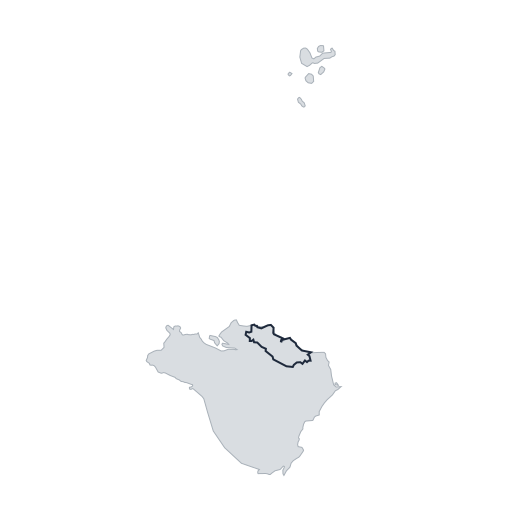 where Manabi sits in Ecuador, rotated 96°
{"feature_id": "ECU-1282", "entity_name": "Manabi", "entity_type": "Province", "adm_level": 1, "iso_a3": "ECU", "parent_name": "Ecuador", "parent_adm1": "", "projection": "natural_earth1", "projection_center": [-80.093, -0.733], "detail": "coarse", "context": "in_parent", "style": "outline", "palette": "slate", "viewbox_px": 512, "rotation_deg": 96, "n_neighbors": 0, "source": "natural_earth", "source_scale": "10m", "svg_char_len": 4346}
<svg xmlns="http://www.w3.org/2000/svg" viewBox="0 0 512 512"><g transform="rotate(96 256 256)"><path d="M471.3,205.3L469.8,206.4L466.2,206.9L463.4,205.8L462.3,205.8L462.1,206.9L465.8,209.7L467.6,214.6L470.2,217.5L471.8,219.0L471.9,220.1L471.4,222.0L471.3,223.7L472.2,231.1L471.6,231.6L469.6,231.6L468.0,230.3L463.7,248.8L450.0,267.1L434.5,280.2L416.5,287.8L403.4,293.0L401.3,295.0L394.8,304.3L394.5,305.2L395.4,306.7L395.5,307.8L394.5,308.4L393.7,308.5L393.3,308.0L393.1,306.9L392.2,305.7L391.2,305.4L390.6,305.7L390.5,306.7L389.2,311.7L389.1,314.1L388.6,315.1L388.6,317.3L387.3,319.3L386.3,322.6L385.2,323.7L383.8,328.9L381.8,334.0L381.6,335.8L382.2,337.0L382.5,338.0L381.6,341.2L377.0,344.4L375.7,345.9L375.3,347.6L375.6,349.0L375.4,350.2L374.0,350.7L372.4,353.6L371.3,354.3L368.4,353.3L366.3,353.3L364.6,352.4L361.3,347.4L360.1,344.5L359.7,340.5L356.5,337.9L352.3,338.6L351.1,337.7L348.0,336.0L345.3,334.1L343.3,333.1L341.8,333.6L339.3,336.8L336.9,338.2L335.8,338.1L334.4,337.2L334.1,336.1L337.7,330.4L335.0,330.3L334.1,329.1L334.0,327.7L333.6,326.2L334.1,324.4L335.5,323.4L337.6,324.2L339.0,324.2L340.0,322.5L341.9,321.2L342.3,320.3L341.3,317.6L341.0,316.1L341.3,315.2L341.2,312.3L340.6,311.2L340.5,309.5L340.0,308.6L339.8,306.5L338.4,305.4L342.8,303.5L344.3,301.9L346.3,300.5L348.0,298.4L349.1,296.3L351.7,286.8L354.1,280.7L353.7,277.9L351.7,273.9L351.2,268.2L351.4,266.4L351.1,265.1L349.8,267.5L350.1,276.0L348.9,279.8L347.3,280.7L346.2,280.1L346.8,273.9L345.6,275.0L343.6,279.2L340.4,282.3L340.3,283.3L339.5,284.6L337.0,283.4L335.1,282.2L328.9,275.2L324.9,273.7L322.4,271.3L321.9,270.3L321.6,268.8L324.1,267.4L326.7,265.4L326.9,261.1L326.9,257.7L325.0,251.9L325.9,244.3L325.4,241.3L323.2,235.0L324.8,231.8L330.5,229.5L332.4,227.9L333.7,222.9L335.0,219.9L337.5,221.2L339.5,221.0L336.8,219.9L334.6,215.4L334.3,213.3L338.5,207.2L340.7,205.5L343.5,202.3L345.8,197.4L346.3,189.6L345.4,184.0L344.7,178.2L346.0,176.6L349.5,175.9L352.4,174.0L353.8,172.2L357.2,172.5L361.1,169.8L367.3,168.4L376.0,165.3L377.9,162.6L377.0,157.7L380.3,160.7L381.7,163.0L386.2,165.5L391.5,170.2L394.9,172.6L398.7,174.7L404.2,176.9L407.5,176.5L409.0,180.0L410.2,181.1L413.4,182.2L413.7,182.7L414.9,189.1L415.6,190.1L418.3,191.1L421.7,191.5L423.1,191.3L426.0,193.1L430.6,194.5L432.2,194.7L432.9,194.4L433.2,193.8L434.5,193.9L436.5,194.7L439.4,194.9L441.2,194.1L441.5,190.5L442.2,189.7L444.2,188.4L445.3,188.7L450.6,191.6L451.7,192.5L453.1,194.5L455.6,197.5L458.3,199.4L462.5,200.2L466.5,203.3L471.3,205.3ZM49.9,201.3L51.5,203.3L52.4,208.9L57.7,214.8L58.4,218.1L57.9,219.6L58.1,220.2L60.7,222.6L62.3,225.0L59.6,230.8L53.6,233.2L47.3,233.1L46.0,232.5L44.3,230.3L44.0,228.3L45.0,226.5L48.3,223.6L53.2,221.1L53.9,219.1L51.9,217.2L50.5,213.5L47.3,210.9L45.7,202.8L44.7,202.4L42.6,203.5L41.5,202.5L41.3,202.0L43.6,200.2L44.1,198.9L47.5,198.3L49.0,199.3L49.9,201.3ZM74.6,225.6L73.2,225.7L69.1,222.7L69.4,219.8L71.0,217.9L76.3,216.9L78.5,218.7L78.3,222.2L76.5,224.7L75.1,225.2L74.6,225.6ZM343.5,292.8L343.0,293.9L340.5,293.8L339.8,293.4L340.4,287.8L341.1,286.0L343.1,284.3L344.9,283.5L347.1,283.6L349.4,285.2L346.6,288.1L344.5,288.9L343.5,292.8ZM45.8,216.1L43.2,216.7L41.0,215.6L40.0,214.0L39.8,211.6L40.0,210.8L44.9,209.9L46.5,211.9L46.5,214.9L45.8,216.1ZM98.7,229.9L95.6,231.1L93.9,229.9L93.7,229.2L95.4,227.3L97.1,226.3L98.6,224.1L101.4,222.8L102.2,223.1L102.7,223.6L102.9,224.3L102.0,226.1L100.3,227.3L98.7,229.9ZM68.3,212.3L67.1,213.2L62.1,212.1L60.5,210.4L61.8,208.0L62.8,207.0L65.8,207.9L68.8,210.6L68.3,212.3ZM72.3,243.0L71.2,243.0L69.7,241.7L70.8,239.3L72.9,240.6L73.4,241.5L72.3,243.0ZM375.7,163.9L374.2,164.1L373.6,162.7L375.4,161.0L376.0,160.6L375.7,163.9Z" fill="#d9dde1" stroke="#a8b0b8" stroke-width="1"/><path d="M325.4,253.2L324.4,250.5L325.5,249.4L325.4,247.8L326.7,247.2L327.4,243.1L323.7,237.0L323.0,234.0L325.5,231.0L330.7,230.8L332.0,229.9L335.2,220.6L337.0,222.2L339.1,222.3L336.7,221.2L333.9,213.7L335.6,212.4L338.5,207.4L340.9,206.4L345.2,200.5L346.0,191.2L348.7,194.2L349.9,192.4L354.4,190.8L354.6,192.8L356.2,194.2L354.8,196.4L358.4,198.5L357.0,200.8L357.6,204.3L360.3,207.0L362.5,207.8L362.5,214.2L357.0,228.0L354.3,229.0L349.5,236.5L347.2,236.5L345.8,240.9L341.9,245.7L342.0,248.9L339.5,249.9L341.0,251.5L341.2,253.3L338.3,253.5L335.5,258.1L332.4,257.8L332.8,254.8L331.8,252.7L325.4,253.2Z" fill="none" stroke="#1e293b" stroke-width="2"/></g></svg>